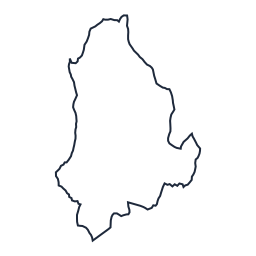 Iaras, São Paulo, Brazil (Natural Earth projection)
{"feature_id": "56859067B24028623946293", "entity_name": "Iaras", "entity_type": "district", "adm_level": 2, "iso_a3": "BRA", "parent_name": "Brazil", "parent_adm1": "São Paulo", "projection": "natural_earth1", "projection_center": [-49.105, -22.813], "detail": "fine", "context": "isolated", "style": "outline", "palette": "slate", "viewbox_px": 256, "rotation_deg": 0, "n_neighbors": 0, "source": "geoboundaries", "source_scale": "gbopen_adm2", "svg_char_len": 2542}
<svg xmlns="http://www.w3.org/2000/svg" viewBox="0 0 256 256"><path d="M77.9,225.5L79.9,225.8L82.5,226.0L86.0,227.7L87.8,229.7L89.6,233.2L91.0,234.9L92.1,237.5L92.7,240.6L108.6,229.0L110.5,227.4L110.8,220.4L111.6,216.8L112.6,214.8L114.0,213.4L116.9,213.4L118.9,214.6L121.2,216.1L123.5,215.2L126.5,214.4L128.4,214.3L129.5,212.3L129.4,209.9L128.4,206.6L128.0,202.3L140.3,205.8L143.4,207.0L145.1,207.9L147.6,209.5L151.7,207.9L153.3,205.3L155.6,205.7L156.9,204.1L157.6,201.0L158.5,198.4L160.1,196.0L161.1,192.6L162.0,189.8L162.9,187.0L164.6,183.4L167.4,184.8L169.7,184.1L172.4,186.4L174.7,184.3L177.3,185.8L179.4,183.5L182.6,184.3L183.5,187.0L185.2,185.4L187.7,184.7L189.7,182.4L191.7,179.9L191.9,176.6L193.3,174.6L194.6,171.9L195.2,169.1L195.7,166.6L195.2,163.0L195.7,159.5L197.6,157.9L198.6,155.9L199.5,153.6L200.0,150.9L200.1,148.5L197.2,145.1L196.0,142.6L193.9,138.6L192.6,136.4L191.9,133.7L189.8,135.6L187.6,138.4L183.6,141.9L181.0,146.5L180.7,148.7L176.7,147.9L174.5,146.9L171.8,145.1L169.4,143.4L168.1,140.8L168.1,138.1L169.2,134.2L170.4,131.4L170.5,128.4L170.3,124.1L170.1,120.8L170.5,117.9L171.3,114.5L173.3,111.4L174.4,109.5L173.7,106.0L173.0,102.8L172.8,100.3L172.1,96.1L170.9,92.4L169.4,89.2L167.0,89.1L164.8,87.9L162.8,87.6L159.7,85.7L156.5,83.5L155.2,79.0L154.2,75.9L152.9,69.5L151.7,67.6L149.9,66.0L147.0,64.6L144.6,62.0L142.5,59.2L139.8,57.0L138.1,54.7L133.9,50.6L132.7,48.6L129.6,44.2L128.7,41.7L128.1,39.2L128.1,35.5L128.3,32.2L128.1,28.9L127.0,25.8L127.6,19.4L127.1,15.5L123.7,15.4L121.5,16.9L120.0,19.1L118.9,21.6L117.3,20.2L114.3,20.1L110.7,19.0L107.9,19.7L105.2,19.7L103.3,19.2L102.0,21.3L99.7,23.2L97.4,24.7L95.3,26.4L90.7,28.6L89.4,31.7L89.1,34.9L88.0,38.2L86.7,41.5L84.5,44.8L83.8,49.8L83.0,52.4L81.9,55.5L79.9,57.6L78.0,58.6L77.6,61.4L75.7,63.2L71.6,62.8L69.8,58.5L69.9,61.7L69.0,64.2L68.7,66.5L69.2,69.4L69.7,72.2L70.8,74.5L71.2,76.8L72.3,78.7L74.0,82.2L74.5,85.7L75.3,88.9L76.2,92.6L77.0,95.2L76.0,97.5L75.0,99.7L74.0,101.7L73.4,104.3L73.1,107.2L74.0,109.6L75.5,112.9L76.2,116.0L76.4,118.9L76.6,121.3L76.0,123.9L76.2,127.1L75.5,129.4L75.2,132.8L75.6,135.7L75.5,138.7L74.9,141.2L74.2,145.2L73.5,148.1L73.0,150.6L71.8,153.1L71.0,156.2L68.6,159.9L66.6,162.4L64.7,162.4L63.5,164.6L61.0,165.8L59.5,168.8L57.6,170.7L55.9,172.3L56.0,176.1L57.9,178.9L58.6,182.2L58.7,185.5L61.5,186.6L63.2,188.4L65.6,190.5L67.1,193.2L69.0,194.5L69.2,196.9L71.5,198.1L72.0,200.4L74.8,201.4L77.5,201.1L78.5,203.8L80.5,204.4L79.2,207.0L78.2,210.9L77.0,214.9L77.0,218.7L77.1,221.9L77.9,225.5Z" fill="none" stroke="#1e293b" stroke-width="2"/></svg>